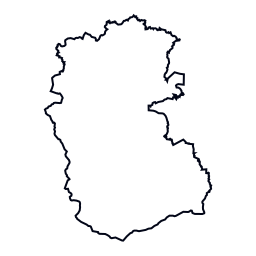 the district of Ixtlahuacán del Río, Jalisco, Mexico
{"feature_id": "50627088B86535145989584", "entity_name": "Ixtlahuacán del Río", "entity_type": "district", "adm_level": 2, "iso_a3": "MEX", "parent_name": "Mexico", "parent_adm1": "Jalisco", "projection": "mercator", "projection_center": [-103.216, 20.904], "detail": "fine", "context": "isolated", "style": "outline", "palette": "ink", "viewbox_px": 256, "rotation_deg": 0, "n_neighbors": 0, "source": "geoboundaries", "source_scale": "gbopen_adm2", "svg_char_len": 5698}
<svg xmlns="http://www.w3.org/2000/svg" viewBox="0 0 256 256"><path d="M180.0,38.7L179.3,39.5L177.8,39.6L176.5,38.8L176.6,38.0L175.6,36.6L174.0,35.8L173.1,36.2L171.5,35.0L170.5,32.3L169.1,33.1L168.4,32.2L167.6,32.7L166.7,32.7L165.9,32.0L165.4,30.2L161.3,29.3L159.6,28.0L159.4,28.8L159.9,29.9L158.2,29.7L157.8,30.2L157.3,30.1L156.6,28.9L155.5,28.3L153.3,28.5L153.2,28.8L152.8,28.2L150.8,28.6L150.0,27.0L148.8,27.4L148.2,28.6L146.8,29.3L146.2,29.0L145.5,29.3L145.3,28.1L146.2,27.2L145.6,26.5L145.1,25.1L143.6,24.2L143.6,23.7L145.0,23.3L145.3,22.8L145.0,22.0L145.4,20.7L144.5,20.2L142.9,20.5L141.5,20.0L140.1,21.0L139.4,19.8L139.0,19.8L138.6,20.3L138.1,20.3L136.9,18.7L137.3,18.1L136.2,17.4L136.2,16.3L135.7,16.3L135.0,16.9L133.7,15.4L132.8,16.7L132.0,17.2L130.2,17.4L129.6,18.4L128.4,19.0L127.9,20.5L126.4,19.8L124.9,20.8L123.8,20.9L122.1,23.5L121.0,24.3L118.1,24.6L115.6,22.7L115.6,21.9L114.9,21.4L114.2,21.6L113.7,22.4L112.5,22.1L111.9,22.8L110.8,22.4L110.0,23.2L109.3,22.5L109.3,21.9L108.6,22.4L108.1,22.3L108.4,21.1L106.7,22.0L106.6,24.7L105.0,26.0L104.8,27.0L106.4,28.8L107.3,29.3L105.8,30.6L105.1,31.8L104.9,33.6L104.5,34.2L102.5,35.4L101.4,35.1L100.5,35.7L99.0,39.2L97.1,40.8L95.9,40.5L95.8,38.9L95.2,37.8L91.7,36.9L89.9,34.7L88.6,34.5L85.5,32.8L83.8,35.2L82.6,38.9L81.8,38.5L81.1,37.6L79.7,37.1L77.8,38.0L76.5,37.8L75.5,38.1L74.4,39.2L70.7,38.1L67.8,38.5L65.3,40.2L65.1,41.2L65.6,44.5L65.4,45.1L64.2,46.0L62.1,46.4L61.1,46.1L59.7,44.1L58.5,43.9L58.1,44.8L57.6,45.0L57.7,46.1L57.2,46.4L57.4,46.8L57.1,47.4L56.3,47.7L56.3,48.9L58.3,50.8L58.1,51.7L58.7,52.4L57.7,52.6L57.7,53.9L57.1,54.0L57.2,54.4L56.7,55.3L59.5,56.2L59.2,57.4L60.7,57.5L62.0,58.0L61.7,58.9L62.4,59.7L62.2,61.1L63.1,61.6L63.1,62.0L64.2,62.1L63.7,62.7L64.1,62.9L63.7,63.9L64.6,64.3L63.8,66.5L63.8,68.7L63.3,69.5L63.4,70.3L62.8,71.5L62.1,71.5L61.8,71.0L60.3,71.6L59.7,72.0L59.9,74.2L55.0,75.5L52.2,77.8L52.1,78.3L53.1,84.7L52.0,88.3L50.7,91.2L56.6,93.3L57.5,93.3L58.2,93.8L59.8,93.4L61.2,95.1L62.6,97.6L62.6,98.2L61.9,99.6L61.1,102.8L59.9,103.1L55.2,102.7L53.8,103.0L53.0,104.1L51.7,104.4L50.7,105.9L48.6,106.5L47.6,108.1L46.2,108.5L44.9,109.6L45.9,112.4L45.9,113.4L47.6,114.9L50.0,116.1L51.3,119.8L52.7,121.8L52.7,122.5L53.1,122.9L54.3,122.7L54.9,123.5L54.5,126.7L55.0,127.5L54.2,129.3L55.0,131.3L54.5,133.7L54.9,135.0L58.4,139.2L59.2,139.2L60.3,139.9L60.7,141.6L62.3,143.6L64.6,149.3L66.8,151.5L65.4,154.5L65.6,155.4L65.8,156.3L69.0,160.1L69.6,161.9L69.5,162.9L67.5,166.4L67.2,168.5L65.8,169.4L65.2,170.7L65.8,173.7L67.0,175.3L66.8,176.2L69.4,178.9L69.5,179.3L67.7,180.4L64.8,188.3L65.7,189.0L68.0,188.8L68.9,192.0L70.9,193.2L71.6,194.2L71.4,195.7L69.8,196.9L70.0,198.4L70.8,200.1L71.8,200.5L73.6,200.2L76.5,200.6L79.1,201.5L79.8,202.2L80.1,203.7L79.9,205.8L80.1,207.1L79.7,210.4L78.2,213.1L75.6,215.7L76.0,217.2L76.8,218.0L77.2,218.9L81.1,221.9L86.7,224.6L88.4,226.0L89.9,226.1L90.8,226.6L92.6,231.1L98.1,232.1L98.2,233.0L99.4,233.8L105.2,234.0L107.5,235.1L109.6,236.5L110.4,237.7L111.6,238.2L115.5,237.5L122.0,240.5L123.2,240.6L126.8,236.4L130.3,233.2L132.0,232.6L133.1,231.1L134.2,230.6L136.4,230.6L139.0,231.2L145.7,229.9L148.4,228.7L151.4,228.3L154.4,225.9L157.7,224.4L158.4,223.2L161.3,220.9L165.1,219.5L166.8,217.4L169.4,215.7L173.0,215.7L174.5,216.2L175.8,215.9L183.3,211.8L188.1,212.0L189.4,211.5L190.8,210.5L191.8,210.7L192.5,213.0L194.7,213.9L202.3,214.0L204.2,213.3L204.3,212.3L203.0,209.2L202.9,207.0L203.3,204.0L202.5,203.1L202.3,202.0L202.6,201.3L205.0,198.5L205.9,195.9L206.9,195.0L206.8,193.1L208.1,192.2L209.1,192.0L209.0,191.4L209.5,191.3L209.4,190.6L211.1,188.8L210.9,187.5L210.6,187.2L211.1,185.7L210.4,185.6L210.6,185.0L209.7,183.8L209.9,183.0L208.5,181.2L208.7,180.7L208.5,180.2L209.2,179.3L208.5,178.6L209.0,177.2L208.7,176.5L209.1,176.0L208.6,175.0L208.9,173.1L208.4,172.7L207.3,173.2L206.2,173.1L206.3,169.3L201.9,169.7L202.3,169.0L201.7,167.5L201.7,166.7L200.9,166.5L200.9,165.8L199.7,164.5L199.8,162.2L199.5,162.2L199.4,161.5L198.8,161.5L197.9,160.8L198.0,160.3L199.1,160.2L198.7,159.0L194.3,157.1L194.5,155.9L194.0,155.8L194.1,153.4L194.4,153.2L193.4,153.2L193.7,149.3L192.9,146.0L193.1,144.2L188.7,143.8L188.8,143.4L185.7,143.0L185.7,142.0L183.3,139.6L173.2,145.0L172.4,143.3L172.7,143.1L171.6,140.6L172.0,140.2L171.8,139.7L170.2,139.7L170.4,138.9L170.1,138.7L168.8,139.5L166.8,139.2L166.2,137.7L166.4,136.6L166.1,136.1L165.3,137.3L164.2,136.4L164.4,135.9L166.5,134.5L167.5,132.4L167.8,131.3L167.6,129.2L168.0,128.3L167.7,127.4L167.3,127.4L167.2,126.3L168.4,125.0L168.3,124.2L167.7,123.4L168.0,122.8L167.9,122.0L167.6,121.9L166.4,117.7L165.5,115.8L163.7,113.8L162.5,113.4L158.6,113.2L155.6,111.4L153.3,110.7L148.7,110.3L148.6,105.6L150.2,105.6L150.6,106.2L150.8,105.6L152.3,104.9L152.6,103.1L153.8,102.4L155.1,102.1L155.7,103.3L158.3,102.0L162.9,101.1L164.5,99.6L166.5,99.1L167.4,98.1L172.6,99.1L173.1,97.4L173.8,97.5L174.5,95.9L173.7,94.5L175.9,95.0L175.7,96.5L175.3,96.9L175.4,97.8L176.3,99.2L176.8,98.2L176.6,97.1L177.4,97.3L176.9,96.2L178.8,96.7L178.6,96.4L179.5,95.7L180.1,95.8L180.3,95.0L181.1,95.0L180.7,94.3L181.3,93.9L182.1,93.7L183.2,94.8L183.6,94.4L183.0,93.2L181.7,92.5L181.4,90.6L180.1,88.7L178.4,87.6L176.6,87.5L176.0,85.6L176.6,84.8L178.3,84.1L183.7,84.7L183.9,74.3L179.9,73.8L174.6,72.3L167.8,78.5L167.2,81.2L166.6,80.0L165.8,79.8L166.3,79.3L166.3,78.6L164.4,76.9L164.7,74.5L165.6,73.0L166.2,72.8L167.2,70.4L167.5,69.2L166.8,67.8L167.9,66.9L167.9,65.0L169.0,63.3L169.1,62.3L168.5,58.6L167.4,57.7L167.1,57.0L167.5,55.9L167.2,54.3L167.6,53.6L167.3,52.4L168.0,51.6L168.9,52.3L168.9,51.7L169.7,51.0L170.0,50.0L172.4,48.2L172.6,46.2L172.3,46.1L172.9,45.3L173.9,44.8L173.8,44.2L174.1,43.8L173.2,42.8L175.8,40.9L179.4,40.4L180.0,38.7Z" fill="none" stroke="#020617" stroke-width="2"/></svg>